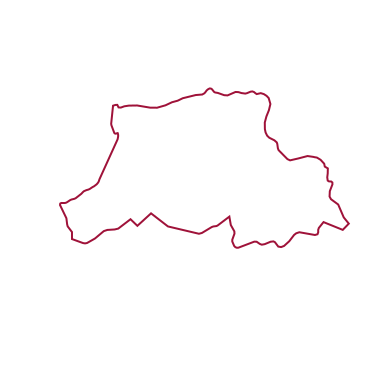 an SVG outline of Almería, rotated 236°
{"feature_id": "ESP-5804", "entity_name": "Almería", "entity_type": "Autonomous Community", "adm_level": 1, "iso_a3": "ESP", "parent_name": "Spain", "parent_adm1": "", "projection": "equal_earth", "projection_center": [-2.331, 37.298], "detail": "fine", "context": "isolated", "style": "outline", "palette": "rose", "viewbox_px": 384, "rotation_deg": 236, "n_neighbors": 0, "source": "natural_earth", "source_scale": "10m", "svg_char_len": 2144}
<svg xmlns="http://www.w3.org/2000/svg" viewBox="0 0 384 384"><g transform="rotate(236 192 192)"><path d="M307.7,174.8L307.0,177.2L306.0,178.8L303.2,178.4L301.8,180.2L300.9,183.8L298.9,188.0L294.4,194.9L285.3,204.5L281.4,210.2L278.7,218.5L277.6,225.6L275.7,231.2L274.9,236.8L270.3,249.3L267.1,255.0L266.9,257.5L267.4,259.3L268.0,260.9L268.2,262.7L268.0,264.5L267.2,265.5L266.1,266.0L262.6,266.3L261.6,266.8L259.7,268.8L254.3,272.8L252.2,275.5L250.6,284.0L248.8,286.4L246.4,288.3L243.8,291.2L243.2,292.8L242.4,296.7L241.6,298.3L240.2,299.3L238.5,299.8L237.0,300.4L235.5,304.3L233.0,306.3L230.0,307.6L227.0,308.1L221.1,306.2L216.8,301.5L213.0,295.9L208.9,291.2L203.4,287.6L200.2,286.3L196.7,285.8L193.8,286.4L188.8,289.2L185.7,290.0L184.2,289.6L180.1,287.6L178.2,287.2L165.9,289.5L163.4,291.0L160.4,298.8L157.2,307.9L153.2,312.3L152.5,312.9L150.7,314.8L146.8,316.6L141.5,317.4L138.8,316.3L135.6,317.8L131.5,314.9L128.5,312.3L125.6,310.9L124.3,311.4L122.8,313.3L121.4,313.7L119.8,312.7L115.6,306.7L111.3,303.5L108.3,303.2L99.9,306.2L86.1,303.6L78.1,304.3L76.3,295.8L93.5,284.2L91.3,277.1L90.0,275.4L88.0,274.1L86.8,272.4L87.6,269.9L98.6,258.5L99.5,255.3L99.3,252.6L96.8,245.1L95.8,238.2L96.5,235.1L98.5,233.0L104.0,232.7L105.5,231.9L106.8,229.4L108.1,223.1L109.3,220.4L111.0,219.2L114.6,217.8L116.0,215.9L119.9,199.3L120.7,198.0L122.0,197.1L123.7,196.8L128.4,197.7L129.9,198.7L133.7,203.9L135.7,205.1L142.9,205.7L150.7,209.2L149.9,194.5L150.1,193.2L151.5,190.4L151.9,188.8L152.5,177.3L153.5,174.4L176.9,152.8L197.2,146.1L194.5,127.8L203.8,125.8L202.9,110.4L204.2,106.9L207.9,100.6L208.9,97.0L207.7,85.5L208.4,76.5L209.2,74.6L210.6,73.1L220.1,66.2L225.9,70.1L233.0,69.7L235.0,70.4L240.5,73.2L255.0,75.3L256.1,76.3L256.0,77.5L254.3,79.9L253.6,81.3L253.4,82.8L253.4,86.4L253.2,87.7L252.1,90.8L251.9,92.1L252.4,99.3L252.9,101.4L253.1,102.8L252.6,105.5L251.9,107.6L251.7,109.1L251.7,112.3L251.5,113.9L251.7,117.3L252.3,119.4L252.9,120.6L254.3,122.4L277.3,159.8L279.2,161.7L280.3,162.5L281.5,163.1L282.4,163.3L282.7,162.5L282.9,161.5L283.6,160.8L284.4,160.6L292.3,162.5L293.7,163.1L307.7,174.8Z" fill="none" stroke="#9f1239" stroke-width="2"/></g></svg>